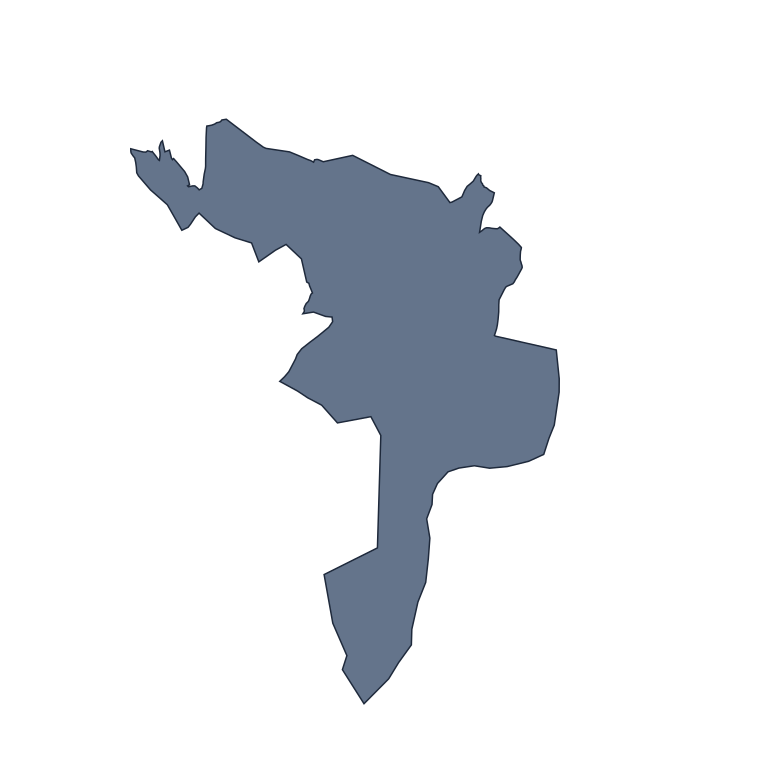 outline of Owerri North, Imo, Nigeria, rotated 343°
{"feature_id": "59680162B39513276000218", "entity_name": "Owerri North", "entity_type": "district", "adm_level": 2, "iso_a3": "NGA", "parent_name": "Nigeria", "parent_adm1": "Imo", "projection": "equal_earth", "projection_center": [7.091, 5.435], "detail": "fine", "context": "isolated", "style": "filled", "palette": "slate", "viewbox_px": 768, "rotation_deg": 343, "n_neighbors": 0, "source": "geoboundaries", "source_scale": "gbopen_adm2", "svg_char_len": 3135}
<svg xmlns="http://www.w3.org/2000/svg" viewBox="0 0 768 768"><g transform="rotate(343 384 384)"><path d="M217.5,130.2L222.4,138.1L229.2,149.2L232.0,161.6L235.6,177.9L242.4,176.9L245.6,174.7L252.5,169.0L257.1,166.5L268.2,186.0L284.2,200.6L298.6,210.4L300.0,230.6L319.4,224.3L331.2,221.9L341.6,240.2L339.9,263.9L341.6,265.7L341.6,266.2L341.5,268.5L341.8,271.4L342.2,276.0L340.7,276.6L339.1,278.4L337.8,280.4L336.6,282.0L335.8,282.9L333.1,284.3L330.8,286.7L329.4,288.7L329.5,289.8L328.9,291.4L326.9,293.1L337.6,294.6L347.9,302.3L353.9,304.8L353.1,309.4L347.8,313.6L343.7,315.3L338.1,317.6L334.7,319.0L325.6,322.3L315.6,326.2L309.6,330.4L306.6,334.3L296.6,344.4L291.0,348.0L285.1,351.0L299.2,365.4L307.0,374.9L318.2,386.0L328.1,407.6L361.9,411.4L365.9,432.3L329.8,538.8L271.0,548.7L265.1,597.8L269.1,632.9L260.7,645.0L271.4,683.9L302.3,667.3L316.5,654.7L333.9,641.5L338.9,626.7L352.7,602.4L365.9,585.9L375.3,564.1L382.8,544.8L385.4,525.4L394.7,513.3L398.2,503.7L406.0,494.8L419.6,486.7L431.1,486.3L446.5,488.6L460.4,495.4L477.7,499.0L499.8,500.2L516.2,498.0L526.0,484.0L534.8,473.1L549.1,443.0L553.1,430.2L558.7,401.8L504.5,370.8L503.8,369.8L504.7,368.6L507.8,364.1L509.7,360.6L512.0,355.5L514.8,348.6L517.0,341.6L518.7,337.1L526.5,329.0L528.7,327.0L530.0,326.5L536.5,325.8L538.5,324.4L540.0,322.8L542.4,320.8L545.1,318.2L549.5,313.9L550.3,312.8L550.6,311.0L550.5,309.6L550.6,307.3L550.5,305.8L550.6,304.8L552.0,300.6L553.4,297.0L554.9,294.6L555.1,293.9L555.3,293.6L554.8,292.5L553.5,289.7L549.9,283.2L540.7,267.8L539.5,268.3L537.9,268.7L536.4,268.2L534.9,267.6L532.5,266.6L530.7,265.6L527.9,264.6L526.3,264.6L524.6,265.1L522.6,266.0L520.7,266.6L519.7,266.9L521.8,262.7L524.6,256.9L527.7,251.7L530.2,248.8L532.4,246.8L534.2,245.5L535.7,244.7L537.3,244.0L539.0,242.8L540.4,241.6L541.3,240.4L542.0,239.2L542.9,237.7L545.4,233.4L541.7,229.9L539.4,226.4L537.3,224.8L537.4,223.9L536.6,222.6L536.7,221.5L536.1,219.9L535.9,218.2L536.3,216.8L536.8,215.4L536.9,214.3L537.5,213.2L536.1,211.9L535.7,211.4L535.7,210.7L534.4,211.3L533.3,212.0L532.7,212.5L532.1,213.0L528.7,216.1L525.0,217.8L521.3,219.3L517.7,222.5L515.6,225.0L513.2,227.8L502.2,229.9L500.1,229.8L493.6,211.2L485.5,204.5L451.4,185.5L420.9,156.2L390.9,153.7L386.9,150.3L385.6,149.6L383.2,149.3L381.5,151.3L379.3,149.0L376.6,147.0L368.7,140.3L361.5,134.4L340.1,124.2L337.8,122.2L332.7,115.5L310.6,84.7L306.1,84.1L304.6,85.2L303.1,85.5L300.4,85.2L298.1,85.9L295.0,86.1L291.9,85.8L290.0,85.5L289.2,87.1L285.9,96.3L283.1,105.0L279.1,117.1L277.1,123.6L276.2,125.7L273.4,130.8L270.2,137.7L269.5,139.7L267.0,143.6L264.0,144.3L262.9,142.0L261.0,139.2L258.9,138.6L256.2,138.4L254.7,138.2L254.1,137.1L256.3,136.6L256.8,128.6L255.5,122.6L250.5,110.8L248.7,106.9L247.3,107.6L246.8,105.6L247.2,97.6L245.5,97.7L242.4,97.9L243.2,86.6L241.4,87.6L238.6,91.4L238.0,92.7L237.4,97.2L236.7,99.9L234.6,104.5L233.9,103.7L232.4,99.2L230.6,94.7L230.4,93.9L229.4,94.0L226.1,91.8L225.1,92.3L223.9,92.6L221.5,91.7L214.5,87.4L210.6,85.0L210.0,87.1L209.7,89.0L210.2,90.8L211.0,93.3L211.7,94.8L211.3,99.7L210.6,104.0L209.3,109.7L210.0,113.1L217.5,130.2Z" fill="#64748b" stroke="#1e293b" stroke-width="1.5"/></g></svg>